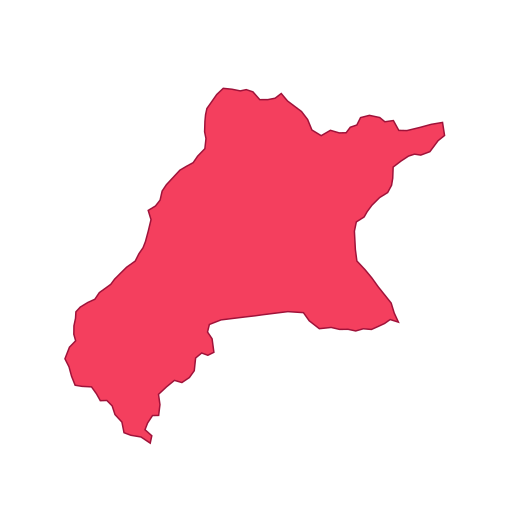 Valinhos, São Paulo, Brazil, rotated 352°
{"feature_id": "56859067B52008332271728", "entity_name": "Valinhos", "entity_type": "district", "adm_level": 2, "iso_a3": "BRA", "parent_name": "Brazil", "parent_adm1": "São Paulo", "projection": "albers", "projection_center": [-46.981, -22.98], "detail": "fine", "context": "isolated", "style": "filled", "palette": "rose", "viewbox_px": 512, "rotation_deg": 352, "n_neighbors": 0, "source": "geoboundaries", "source_scale": "gbopen_adm2", "svg_char_len": 1906}
<svg xmlns="http://www.w3.org/2000/svg" viewBox="0 0 512 512"><g transform="rotate(352 256 256)"><path d="M100.7,412.6L107.1,416.1L116.9,419.2L125.2,426.6L127.8,419.5L121.9,412.6L125.4,406.3L131.3,399.6L137.4,400.3L140.2,389.8L140.2,379.4L149.2,373.1L157.9,367.8L165.0,371.0L173.1,367.1L178.9,361.0L182.0,348.6L188.7,344.5L194.5,347.6L200.9,345.5L201.0,331.9L197.4,324.5L200.3,317.3L212.5,314.4L235.1,314.8L247.2,315.1L255.0,315.1L279.8,315.5L295.1,318.7L299.7,327.6L308.6,336.8L320.5,337.2L328.5,340.3L337.0,341.4L344.3,344.1L352.1,343.0L360.1,344.8L367.1,342.8L374.0,340.7L380.0,337.6L387.8,341.3L384.9,331.6L383.3,321.4L372.6,303.3L367.7,293.9L362.1,284.8L355.2,275.0L355.3,263.4L356.9,245.1L360.1,236.2L368.5,232.4L372.3,227.5L377.8,221.9L386.6,215.3L395.2,211.5L400.1,204.8L402.2,198.1L404.2,187.0L412.9,182.1L420.9,178.3L427.1,177.2L433.2,179.0L442.7,176.9L452.4,167.1L459.5,162.9L459.3,149.7L447.9,150.0L436.1,151.5L422.9,152.8L414.9,151.5L410.9,141.0L402.3,141.0L397.8,136.1L387.9,132.5L378.8,133.5L374.1,140.3L367.3,141.6L362.4,146.5L355.6,145.7L347.2,141.9L337.3,145.9L328.9,139.0L326.1,128.0L321.2,119.3L314.4,112.5L308.8,106.9L303.6,98.6L296.9,102.4L289.4,102.8L281.5,101.7L275.8,93.0L269.5,89.9L263.4,90.3L255.4,87.5L246.9,85.4L239.6,90.6L232.8,97.9L227.9,103.1L225.7,109.1L224.2,115.4L222.4,125.8L222.8,132.8L220.3,142.6L212.1,149.0L206.8,154.8L199.6,157.5L192.6,160.4L183.6,167.7L177.2,172.9L172.1,178.6L168.8,187.3L163.4,192.5L155.6,195.8L157.1,205.4L152.8,216.3L148.5,226.4L145.3,232.1L140.5,237.3L135.7,244.2L126.3,249.1L119.3,254.3L112.8,259.2L108.3,263.8L102.9,266.7L95.8,270.4L90.4,276.4L83.0,278.6L74.9,282.1L69.9,286.2L68.6,292.6L66.0,299.8L64.7,308.2L65.6,314.9L58.6,320.3L52.5,331.2L55.4,339.7L56.6,349.3L58.9,358.8L65.6,360.9L74.9,362.7L78.9,370.4L81.7,377.6L88.2,378.3L92.7,384.4L94.3,393.4L100.1,401.8L100.7,412.6Z" fill="#f43f5e" stroke="#9f1239" stroke-width="1.5"/></g></svg>